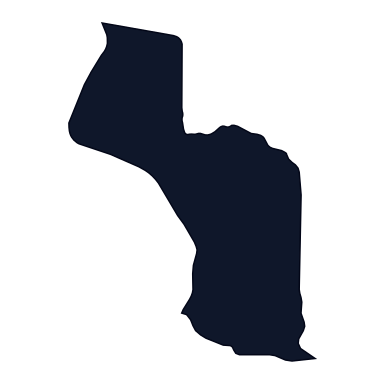 outline of Maryland
{"feature_id": "LBR-781", "entity_name": "Maryland", "entity_type": "County", "adm_level": 1, "iso_a3": "LBR", "parent_name": "Liberia", "parent_adm1": "", "projection": "mercator", "projection_center": [-7.792, 4.73], "detail": "fine", "context": "isolated", "style": "filled", "palette": "ink", "viewbox_px": 384, "rotation_deg": 0, "n_neighbors": 0, "source": "natural_earth", "source_scale": "10m", "svg_char_len": 1663}
<svg xmlns="http://www.w3.org/2000/svg" viewBox="0 0 384 384"><path d="M286.4,153.5L286.4,154.0L288.6,159.1L291.9,162.3L295.4,164.9L298.0,168.1L299.2,172.1L301.1,195.0L299.2,289.4L299.8,293.4L301.0,297.5L301.8,302.1L301.0,313.2L304.1,322.1L304.7,326.3L303.3,330.7L298.7,338.9L298.2,343.4L300.5,348.5L315.1,358.5L292.0,361.0L285.4,360.0L275.1,355.6L269.5,354.7L239.4,354.7L235.8,353.3L233.8,350.1L232.4,347.0L230.4,345.6L223.2,345.1L206.0,338.2L200.6,334.9L195.6,330.6L193.0,325.7L190.6,319.7L186.6,314.6L181.7,313.1L183.2,309.6L189.6,299.3L191.2,296.2L192.4,292.9L193.0,289.7L192.7,273.8L193.4,265.3L196.6,253.6L197.1,249.9L196.2,246.5L194.4,242.1L184.0,224.2L177.7,215.6L158.4,183.0L155.5,179.3L152.3,175.9L148.6,172.7L145.3,170.4L138.9,166.8L110.4,154.3L79.0,143.8L77.2,142.8L74.0,140.2L71.7,137.2L70.8,135.6L70.0,133.5L69.4,131.0L69.0,127.3L68.9,123.0L84.4,84.6L90.8,72.8L90.8,72.7L101.4,55.3L104.3,51.5L105.7,49.0L106.7,46.4L107.4,43.4L107.3,37.7L106.8,34.7L102.1,23.0L173.5,35.6L176.7,36.7L178.5,37.8L180.4,39.8L181.4,41.8L182.1,44.1L181.8,107.7L182.2,111.2L182.7,113.0L182.8,114.6L182.7,116.0L182.1,117.8L182.0,119.5L182.1,121.1L182.5,122.5L183.5,129.1L184.7,132.8L186.1,134.2L187.6,134.6L189.5,134.2L191.5,134.1L194.5,134.3L195.7,134.2L198.6,133.4L200.3,133.4L205.2,134.9L207.5,135.0L209.7,134.5L211.4,133.9L214.9,131.8L219.7,127.5L221.1,126.6L222.7,126.1L224.2,126.2L226.0,126.8L227.5,127.1L229.0,126.9L230.4,126.3L231.6,125.4L234.0,125.3L237.6,126.3L251.2,133.5L257.1,134.3L260.7,135.4L262.9,136.8L264.1,138.2L267.9,145.4L269.9,147.2L272.5,148.4L281.6,150.6L284.8,152.3L286.2,153.3L286.4,153.5Z" fill="#0f172a" stroke="#020617" stroke-width="1.5"/></svg>